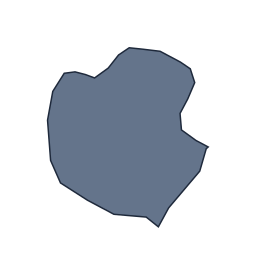 outline of York, rotated 28°
{"feature_id": "GBR-2120", "entity_name": "York", "entity_type": "Unitary Authority", "adm_level": 1, "iso_a3": "GBR", "parent_name": "United Kingdom", "parent_adm1": "", "projection": "orthographic", "projection_center": [-1.072, 53.949], "detail": "fine", "context": "isolated", "style": "filled", "palette": "slate", "viewbox_px": 256, "rotation_deg": 28, "n_neighbors": 0, "source": "natural_earth", "source_scale": "10m", "svg_char_len": 495}
<svg xmlns="http://www.w3.org/2000/svg" viewBox="0 0 256 256"><g transform="rotate(28 128 128)"><path d="M143.3,45.2L155.2,46.5L165.6,56.6L167.1,74.3L167.1,90.7L176.1,104.6L193.9,107.1L207.7,107.1L206.8,109.6L211.6,132.4L201.4,179.4L201.2,201.0L185.9,198.1L156.1,210.8L126.2,210.8L94.2,208.2L74.9,193.0L53.3,158.9L44.4,131.0L46.0,109.6L54.9,103.3L65.3,100.8L75.0,99.5L82.4,84.4L85.4,67.9L91.4,56.6L104.0,51.5L120.3,45.2L143.3,45.2Z" fill="#64748b" stroke="#1e293b" stroke-width="1.5"/></g></svg>